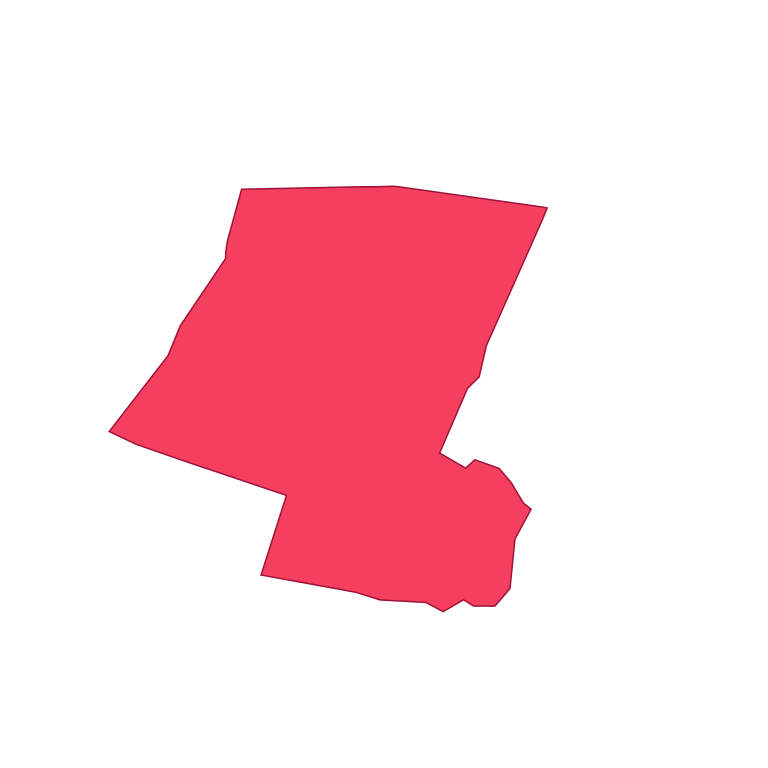 Carbon, Pennsylvania, United States of America (orthographic projection), rotated 139°
{"feature_id": "52423323B51217028410737", "entity_name": "Carbon", "entity_type": "district", "adm_level": 2, "iso_a3": "USA", "parent_name": "United States of America", "parent_adm1": "Pennsylvania", "projection": "orthographic", "projection_center": [-75.722, 40.935], "detail": "fine", "context": "isolated", "style": "filled", "palette": "rose", "viewbox_px": 768, "rotation_deg": 139, "n_neighbors": 0, "source": "geoboundaries", "source_scale": "gbopen_adm2", "svg_char_len": 639}
<svg xmlns="http://www.w3.org/2000/svg" viewBox="0 0 768 768"><g transform="rotate(139 384 384)"><path d="M499.6,561.6L528.3,547.1L622.6,528.4L610.4,500.7L582.4,452.0L530.7,363.9L602.1,320.5L542.0,245.4L528.7,223.7L495.7,191.6L488.7,173.4L465.6,169.0L462.1,157.7L446.0,143.6L423.2,146.9L386.8,181.1L355.2,193.0L356.9,202.8L352.7,226.0L352.5,244.7L365.1,267.2L377.7,267.0L387.3,295.4L323.8,325.9L307.5,326.9L281.6,345.8L201.8,383.0L155.8,404.5L145.4,409.8L148.1,413.3L239.7,518.8L246.7,526.7L260.5,538.0L271.9,547.9L363.7,624.4L408.7,594.4L417.0,587.3L421.3,582.6L499.6,561.6Z" fill="#f43f5e" stroke="#9f1239" stroke-width="1.5"/></g></svg>